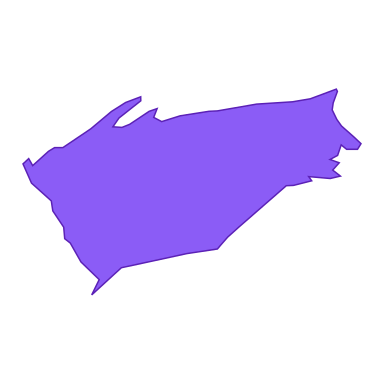 outline of Cumberland, Pennsylvania, United States of America
{"feature_id": "52423323B93457289425751", "entity_name": "Cumberland", "entity_type": "district", "adm_level": 2, "iso_a3": "USA", "parent_name": "United States of America", "parent_adm1": "Pennsylvania", "projection": "robinson", "projection_center": [-77.222, 40.136], "detail": "fine", "context": "isolated", "style": "filled", "palette": "violet", "viewbox_px": 384, "rotation_deg": 0, "n_neighbors": 0, "source": "geoboundaries", "source_scale": "gbopen_adm2", "svg_char_len": 891}
<svg xmlns="http://www.w3.org/2000/svg" viewBox="0 0 384 384"><path d="M336.3,89.1L310.3,98.8L292.5,101.8L256.6,104.1L217.4,110.9L209.0,111.3L180.2,115.8L161.7,121.6L153.7,117.4L157.1,108.6L149.2,111.3L129.7,124.3L122.0,127.4L112.9,126.8L119.0,118.0L140.8,100.8L140.7,96.8L125.6,102.5L111.4,111.5L90.8,128.8L62.9,147.6L54.6,147.6L48.5,151.3L32.7,165.6L28.7,158.6L23.0,163.9L31.5,183.1L51.3,200.9L52.8,210.9L63.7,227.2L64.7,238.7L70.3,243.1L81.0,262.0L99.2,279.6L91.7,294.9L113.6,274.8L121.4,267.7L143.4,263.0L186.8,253.6L217.4,249.0L220.7,245.1L227.7,237.1L238.6,227.3L263.7,205.4L286.3,185.7L293.5,185.4L311.7,180.8L308.7,176.6L330.2,178.5L340.4,176.1L332.7,170.1L339.2,162.8L330.0,159.5L337.6,155.4L341.2,144.9L346.6,149.3L357.5,149.3L361.0,143.7L354.7,137.7L341.5,126.0L336.8,119.4L332.2,109.9L333.2,102.9L337.4,91.4L336.3,89.1Z" fill="#8b5cf6" stroke="#5b21b6" stroke-width="1.5"/></svg>